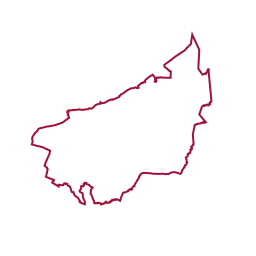 "Nordre Land" nor, Oppland, Norway (Albers equal-area conic projection), rotated 70°
{"feature_id": "86288312B61487149869578", "entity_name": "\"Nordre Land\" nor", "entity_type": "district", "adm_level": 2, "iso_a3": "NOR", "parent_name": "Norway", "parent_adm1": "Oppland", "projection": "albers", "projection_center": [10.023, 60.946], "detail": "fine", "context": "isolated", "style": "outline", "palette": "rose", "viewbox_px": 256, "rotation_deg": 70, "n_neighbors": 0, "source": "geoboundaries", "source_scale": "gbopen_adm2", "svg_char_len": 5726}
<svg xmlns="http://www.w3.org/2000/svg" viewBox="0 0 256 256"><g transform="rotate(70 128 128)"><path d="M189.0,94.4L188.7,94.2L188.6,93.6L188.3,93.1L186.5,91.9L186.4,91.5L186.0,91.2L185.6,90.5L184.6,89.3L184.4,88.6L184.0,88.5L183.8,88.0L183.2,87.8L182.5,87.1L182.6,86.7L182.5,86.0L181.6,85.3L181.0,84.5L180.7,84.7L180.4,84.2L179.6,84.3L177.7,83.8L177.2,83.9L176.7,83.6L175.5,83.7L175.1,81.9L173.8,80.9L173.6,81.0L172.9,80.7L173.2,80.0L172.7,79.4L172.6,78.9L172.3,78.9L172.1,78.7L172.1,78.4L172.1,78.0L172.2,77.9L171.8,77.8L171.6,77.4L170.6,76.8L170.2,76.5L170.3,76.3L170.0,75.8L169.8,76.0L169.8,75.6L169.4,75.7L169.3,75.2L168.9,75.1L168.7,74.8L168.2,75.1L167.8,74.9L167.4,75.1L167.1,74.7L167.1,74.3L166.9,74.1L166.9,73.9L166.5,73.3L166.6,73.1L165.9,72.8L165.9,72.4L165.6,72.3L165.5,71.8L156.4,69.4L147.9,64.2L147.8,63.7L148.2,63.0L148.0,62.2L147.8,61.7L148.0,61.2L147.9,61.0L148.5,58.0L148.3,57.6L148.5,56.9L148.4,56.6L148.6,56.2L148.1,55.5L148.2,55.3L148.7,55.3L148.7,54.9L149.3,54.6L149.1,53.9L149.2,53.6L149.2,52.9L139.7,56.4L133.1,51.1L132.7,49.7L132.9,49.4L132.7,49.4L132.7,49.0L132.9,48.8L133.0,48.9L133.0,49.3L133.1,49.5L133.1,48.7L133.4,48.1L133.3,47.8L133.0,48.2L132.8,48.1L133.2,47.1L133.2,46.6L133.0,45.9L133.2,45.3L133.6,44.9L133.6,43.8L133.8,43.9L133.9,44.5L133.7,44.8L134.2,44.8L134.0,43.6L133.5,43.1L133.9,43.5L133.9,43.1L133.7,42.8L132.8,43.0L132.4,42.9L132.1,42.4L132.1,42.1L132.3,42.4L132.5,42.4L132.4,42.0L131.5,41.1L131.6,40.9L131.0,40.6L130.9,40.3L101.7,32.7L100.7,32.0L100.2,32.5L100.2,32.8L102.5,34.6L102.5,34.9L102.6,35.2L102.7,35.4L103.7,36.1L103.8,36.4L103.1,36.9L103.1,37.2L103.3,37.9L103.2,38.2L103.2,39.1L103.4,39.3L103.3,39.8L96.2,41.6L78.9,34.3L62.3,35.7L70.6,40.2L72.6,44.7L74.4,48.0L77.0,58.9L79.1,65.4L81.1,72.3L82.2,72.7L83.3,72.5L84.8,71.6L85.1,71.2L86.0,71.0L86.8,70.3L88.8,69.5L89.4,68.4L95.4,70.8L92.1,79.2L91.3,80.2L91.4,80.9L91.2,81.5L91.4,81.8L91.3,82.2L90.7,82.9L90.7,83.7L90.6,84.0L90.5,84.5L91.0,84.9L91.8,85.1L92.7,84.9L93.1,85.2L93.5,85.2L94.0,85.6L94.1,86.1L94.1,86.5L93.6,86.9L93.1,86.4L90.0,85.4L87.8,86.0L87.4,86.4L86.4,86.6L87.1,90.3L88.7,94.9L89.6,96.2L89.8,95.9L90.7,96.1L90.6,97.0L90.1,97.0L90.8,98.9L90.2,99.4L92.0,104.4L93.8,104.3L93.8,105.6L93.3,106.3L92.4,106.9L92.3,109.8L91.9,110.9L91.8,112.8L92.0,113.4L92.2,115.3L92.7,116.9L92.7,117.6L93.4,119.4L93.9,121.2L94.1,123.2L94.6,124.0L94.8,125.0L95.3,125.0L95.8,126.1L96.2,132.9L95.7,132.9L95.6,132.6L95.5,136.8L95.7,137.2L95.8,138.6L96.3,140.6L96.2,140.8L96.3,141.2L96.2,141.9L95.7,144.5L94.3,145.1L94.9,145.6L95.0,145.4L95.7,145.7L95.2,148.4L95.5,151.1L96.3,152.6L96.2,152.9L96.5,153.7L97.3,154.7L97.4,155.4L97.1,156.2L96.5,156.8L96.3,157.5L96.4,157.8L96.3,158.3L96.6,158.9L96.7,159.4L96.0,161.4L95.9,162.2L95.6,163.2L95.5,164.3L95.2,165.3L93.9,167.2L93.8,168.2L92.9,171.5L92.8,172.2L92.5,172.7L92.1,173.9L92.2,174.4L92.0,174.6L91.9,175.9L91.1,177.7L92.2,178.2L91.7,178.8L91.5,179.2L92.6,179.8L94.5,179.5L95.2,180.2L95.9,179.8L96.7,179.9L98.3,179.8L98.5,180.3L98.4,180.9L98.6,181.6L99.2,182.7L99.4,184.5L100.0,185.6L100.5,187.8L100.4,195.8L99.5,200.6L99.4,201.8L98.9,203.7L98.4,209.1L98.1,210.3L98.2,211.5L98.3,212.6L100.0,214.7L100.7,216.7L103.2,220.2L104.5,221.5L108.5,222.4L110.5,224.0L113.7,219.6L114.7,217.9L117.0,214.7L122.7,209.0L125.3,210.5L131.4,216.4L134.9,219.3L137.6,217.7L138.2,218.0L139.2,217.5L145.8,221.8L149.0,218.3L151.4,215.3L152.1,215.7L152.4,216.4L152.3,216.8L152.4,217.0L153.2,217.2L153.2,217.6L153.5,217.9L159.2,213.1L157.6,212.5L159.2,209.6L159.6,208.3L158.8,207.4L158.6,207.5L158.3,207.0L158.5,206.5L158.4,206.1L158.4,205.8L158.9,205.4L159.6,204.5L159.9,204.9L160.1,204.6L162.1,203.8L162.3,203.2L163.2,202.6L166.4,202.5L168.0,202.8L169.2,202.6L169.6,201.1L171.6,201.4L173.5,201.0L174.7,200.1L175.9,199.5L176.4,198.9L177.0,198.7L179.1,198.5L179.7,198.2L180.4,198.2L180.7,198.7L181.2,198.7L181.7,198.3L182.1,197.9L182.0,197.7L182.6,197.4L184.9,194.7L182.6,193.7L177.8,194.1L174.1,193.0L173.4,193.2L172.0,194.8L171.2,195.1L170.6,195.0L170.1,194.6L169.3,193.1L169.1,192.9L166.8,192.0L166.5,191.6L166.6,191.4L167.5,190.2L167.3,189.4L166.9,189.0L165.6,188.9L165.3,188.6L164.8,187.7L165.5,187.2L165.1,186.5L165.3,186.0L166.0,186.3L166.4,186.2L167.5,184.7L168.2,184.3L168.5,183.8L169.9,183.3L170.8,182.7L171.7,181.7L171.8,182.0L173.0,183.2L173.3,183.8L176.5,185.5L179.7,185.1L183.0,185.3L184.6,184.9L187.1,185.4L187.3,185.1L187.1,184.7L187.7,184.0L187.7,183.6L188.0,183.0L187.9,182.7L188.1,182.5L188.0,182.2L188.4,181.6L188.2,181.3L188.3,180.8L188.7,180.2L190.8,179.4L190.8,179.2L190.5,178.9L190.3,178.3L190.5,178.1L190.5,177.6L190.9,177.1L190.9,176.9L190.6,176.5L190.7,175.8L190.4,175.2L190.1,175.0L189.7,174.0L190.9,173.8L191.3,173.4L191.5,172.5L191.3,172.1L191.4,171.6L191.2,171.2L191.6,171.0L191.8,170.3L191.0,169.5L191.3,169.3L191.3,168.8L191.0,168.5L191.0,168.3L190.8,168.2L190.8,167.3L190.5,167.3L190.8,166.9L190.4,166.6L190.1,166.0L190.2,165.7L190.5,165.7L191.1,165.1L191.1,164.5L191.3,164.1L191.1,163.7L190.8,163.6L191.0,163.1L192.3,161.6L193.7,160.4L189.9,157.4L187.0,154.6L187.3,153.9L187.5,152.5L187.4,151.0L187.5,149.6L186.9,149.4L187.0,148.9L186.9,148.7L186.9,148.4L186.5,147.9L186.5,147.5L186.3,147.3L186.4,147.2L186.1,146.8L186.1,146.5L187.0,146.0L187.2,145.7L187.1,145.3L185.8,144.6L184.9,143.5L184.7,142.6L184.9,142.3L184.9,141.8L183.5,141.1L181.2,138.2L180.5,137.5L180.1,136.9L180.0,136.5L179.1,135.6L178.7,134.9L177.7,134.4L177.5,133.8L176.6,133.3L176.4,133.0L176.5,132.7L176.4,132.4L175.5,131.4L175.5,130.5L175.3,129.5L175.5,129.2L175.5,128.8L175.8,128.0L178.3,122.1L179.2,120.9L182.1,113.6L182.5,111.6L184.3,108.4L184.7,106.4L185.1,105.9L185.2,105.5L184.7,103.7L184.7,102.3L185.2,99.8L186.7,97.3L189.0,94.6L189.0,94.4Z" fill="none" stroke="#9f1239" stroke-width="2"/></g></svg>